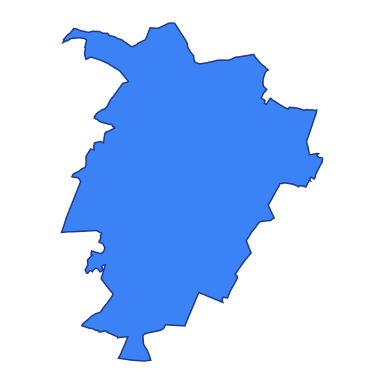 Ayapango, México, Mexico (Albers equal-area conic projection)
{"feature_id": "50627088B15580973923265", "entity_name": "Ayapango", "entity_type": "district", "adm_level": 2, "iso_a3": "MEX", "parent_name": "Mexico", "parent_adm1": "México", "projection": "albers", "projection_center": [-98.817, 19.12], "detail": "fine", "context": "isolated", "style": "filled", "palette": "blue", "viewbox_px": 384, "rotation_deg": 0, "n_neighbors": 0, "source": "geoboundaries", "source_scale": "gbopen_adm2", "svg_char_len": 5822}
<svg xmlns="http://www.w3.org/2000/svg" viewBox="0 0 384 384"><path d="M174.6,23.2L169.2,23.0L160.4,27.2L158.4,28.1L157.8,28.3L150.5,27.9L150.1,27.8L148.3,32.6L146.9,36.4L145.4,39.7L137.6,43.5L137.0,44.5L136.8,44.6L133.1,46.5L130.8,46.3L128.1,44.3L122.5,40.4L121.9,39.8L117.8,38.6L114.9,36.9L109.4,35.6L107.7,33.4L102.5,33.2L99.5,31.5L92.4,31.3L88.5,32.4L79.7,30.4L76.9,29.0L73.7,28.5L71.3,31.7L70.2,33.1L67.7,34.7L65.6,37.2L63.5,39.8L63.7,40.5L63.8,40.5L63.0,42.6L65.4,41.1L67.5,40.8L70.5,38.7L74.9,38.1L79.2,37.8L84.1,38.4L86.3,39.8L86.7,40.1L84.9,47.1L84.9,47.5L85.5,47.9L84.7,52.5L84.5,53.9L85.9,59.4L89.0,58.0L89.7,57.4L91.3,57.1L100.3,60.1L103.5,61.5L107.6,63.3L119.8,70.9L128.3,81.2L127.8,82.1L125.8,82.5L124.1,83.2L122.9,83.2L117.9,90.2L113.0,96.8L111.5,98.5L109.9,100.9L107.4,106.1L106.2,107.6L105.0,108.4L104.4,109.4L103.5,109.2L101.8,109.9L101.1,110.3L100.3,110.9L97.8,112.6L97.2,113.0L96.4,113.9L94.7,116.1L95.2,116.2L95.1,116.4L94.3,118.1L96.0,119.1L97.2,119.4L98.8,120.9L101.7,122.4L103.8,122.8L108.4,124.1L111.3,124.6L112.2,124.9L112.4,125.3L112.7,125.9L112.6,126.6L114.0,127.0L114.9,127.9L107.5,131.7L105.7,132.1L104.7,134.1L103.8,140.7L103.5,142.8L102.5,142.4L100.5,141.5L94.7,142.8L94.2,143.6L94.3,144.5L93.8,146.1L94.1,149.8L90.7,149.0L86.3,155.8L86.0,157.1L86.1,160.5L86.1,160.8L86.0,164.8L85.2,167.4L83.2,168.3L82.8,168.4L82.6,168.5L82.4,168.6L81.9,168.9L81.1,169.5L78.9,171.1L78.5,171.5L74.0,173.6L73.6,173.8L73.2,174.1L72.9,174.5L72.6,175.3L71.9,176.7L73.0,177.1L78.3,177.8L80.7,181.5L78.3,187.6L75.9,193.6L71.3,205.2L66.3,217.9L63.8,226.0L61.4,232.4L70.0,231.7L71.9,231.8L81.7,231.3L96.3,230.5L101.7,233.4L100.5,235.5L100.5,236.5L100.9,237.3L100.0,239.9L99.0,241.3L99.1,242.1L99.9,242.7L101.3,242.8L102.4,243.6L103.1,244.1L103.5,244.9L104.1,246.4L104.6,247.1L104.8,248.7L103.4,251.9L102.0,252.7L100.9,253.7L96.2,252.4L94.0,251.6L91.6,250.9L91.0,254.6L92.3,255.1L87.5,259.9L87.9,264.9L85.2,270.0L86.6,273.0L87.7,273.3L89.0,271.5L89.8,270.8L90.8,270.8L91.7,271.2L92.5,271.7L92.9,270.5L95.0,268.6L96.2,268.2L98.4,269.4L99.8,271.8L100.6,271.8L101.2,271.5L101.7,271.1L102.2,270.4L102.5,269.8L102.7,269.0L102.4,268.3L102.1,267.4L102.1,266.4L102.3,265.7L103.6,265.0L105.4,264.7L101.2,278.8L109.9,290.2L112.1,292.6L113.1,294.3L110.6,298.4L106.7,303.7L102.7,308.6L100.4,312.2L95.5,313.8L94.1,314.7L91.4,316.3L87.0,320.4L85.3,321.7L82.6,324.2L81.8,325.8L89.1,328.1L91.0,328.5L92.3,328.4L94.7,329.8L96.0,330.5L96.7,330.4L97.4,330.3L98.0,330.7L98.8,331.8L99.8,331.9L100.8,332.1L101.8,331.5L102.7,331.3L104.2,331.2L105.5,330.8L106.7,331.1L106.9,332.0L108.0,332.7L109.1,333.2L110.2,333.6L111.7,334.1L112.7,334.8L113.9,335.2L115.1,335.8L116.2,336.2L117.1,336.8L117.8,337.1L117.8,337.8L118.2,337.7L118.6,337.6L120.9,337.3L122.0,337.2L123.2,337.0L124.6,336.9L125.5,336.9L126.2,337.0L127.8,337.0L125.0,343.9L120.2,355.1L118.4,358.2L124.7,359.1L130.6,360.0L134.4,360.4L141.8,360.8L144.6,361.0L145.2,360.9L150.8,360.1L150.5,359.2L148.7,353.7L147.7,351.5L147.0,349.9L145.3,347.3L143.6,344.4L143.4,343.0L143.3,341.4L142.9,335.3L146.1,333.3L159.8,330.5L162.0,329.6L163.8,328.1L165.5,324.8L175.8,325.4L184.4,325.9L184.9,325.9L187.1,320.2L198.8,292.5L222.8,302.4L222.0,299.3L223.3,297.2L227.5,298.0L229.4,293.2L230.2,291.2L231.0,289.7L232.1,287.8L233.3,285.6L234.0,284.4L234.3,283.8L235.4,281.8L237.3,278.3L237.3,277.4L237.3,276.6L235.2,274.0L241.5,265.1L244.9,260.4L251.1,252.9L250.4,251.1L248.3,246.0L247.9,245.0L246.3,240.5L250.0,234.8L250.6,233.7L251.6,232.1L254.0,229.1L256.0,226.9L256.3,226.0L257.8,224.1L259.1,222.6L260.6,221.5L264.8,221.0L270.7,220.5L272.8,218.7L274.2,218.1L268.2,205.2L269.9,202.3L272.9,196.9L275.2,192.5L277.3,188.8L278.7,186.6L279.9,183.6L282.4,183.5L282.4,183.2L284.5,183.0L287.6,183.2L289.0,183.6L290.9,183.8L292.6,183.9L292.5,184.4L293.2,184.4L293.8,184.5L294.8,184.9L295.5,185.2L297.3,186.0L298.8,186.8L299.4,185.7L300.9,185.8L302.6,186.0L304.1,186.3L304.8,186.7L305.8,187.1L307.9,182.8L308.9,180.6L310.4,180.9L309.6,179.8L310.4,178.5L311.1,177.1L314.1,179.0L314.2,178.6L314.9,178.1L315.2,177.1L315.6,174.5L320.6,164.7L322.2,162.1L322.1,161.9L322.2,161.6L322.3,161.2L322.2,160.7L322.4,160.2L322.5,159.7L322.5,159.2L322.6,158.7L322.1,158.1L321.5,157.7L321.0,157.7L320.5,157.6L320.2,157.4L319.8,157.4L319.5,157.4L319.1,157.4L318.6,157.2L318.0,156.7L317.5,156.3L317.0,155.7L316.9,155.4L317.1,155.0L317.9,154.3L318.5,153.6L317.1,153.5L316.4,153.6L315.7,153.7L314.8,153.8L313.7,154.1L312.4,154.3L311.4,154.5L309.5,154.8L307.8,146.5L307.3,144.8L306.7,142.2L306.6,141.1L309.2,133.8L312.3,124.6L314.3,118.5L315.7,114.7L316.8,110.1L314.9,110.4L312.6,109.9L309.9,110.0L306.5,109.6L303.9,110.2L301.2,109.3L298.9,108.5L295.1,107.8L289.5,107.3L288.8,107.8L288.3,108.7L288.0,109.0L287.7,108.8L286.6,108.4L284.2,107.2L283.1,106.6L281.3,105.6L280.5,105.1L278.5,103.8L278.1,103.5L276.3,102.4L274.7,101.3L274.6,101.2L272.9,100.1L271.9,99.5L271.1,98.8L270.9,98.6L270.7,98.2L270.2,98.4L270.0,98.7L268.6,100.8L266.3,104.4L264.2,103.2L264.6,102.6L265.0,101.0L265.0,100.4L264.3,100.0L263.3,99.3L262.5,98.9L261.3,98.3L261.5,97.9L261.4,97.4L262.6,95.2L264.0,92.3L264.7,92.0L265.1,91.6L265.1,91.4L265.2,91.2L265.3,91.1L265.5,91.1L266.8,89.4L265.9,88.7L264.7,87.5L263.5,86.4L263.1,84.4L263.0,82.2L263.1,80.9L263.2,79.5L263.4,78.0L263.6,77.3L263.9,76.5L264.5,74.7L265.1,73.1L265.4,72.4L265.9,71.6L266.3,71.1L266.9,70.7L267.9,70.3L268.2,70.0L265.5,67.8L264.6,66.5L262.3,65.2L258.8,61.4L257.5,59.6L255.8,57.7L255.1,57.2L254.8,56.4L254.5,55.7L253.5,54.4L253.1,54.5L244.9,55.9L238.3,57.0L235.5,57.2L229.6,60.1L217.5,60.2L216.2,60.7L213.9,61.1L212.6,61.6L211.5,61.9L210.1,62.0L208.5,62.3L207.3,62.8L205.1,63.1L203.4,63.3L200.1,63.8L198.1,63.4L196.1,62.7L194.5,61.6L194.2,59.8L193.7,58.0L193.7,55.7L190.5,52.1L189.3,49.9L187.5,46.7L187.4,43.8L185.9,40.8L174.6,23.2Z" fill="#3b82f6" stroke="#1e3a8a" stroke-width="1.5"/></svg>